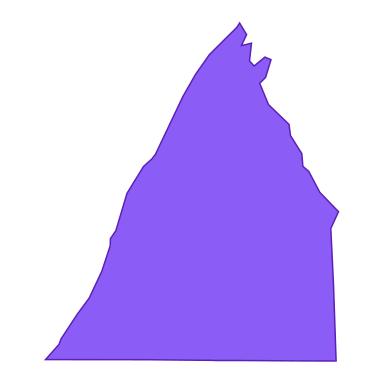 outline of Franklin, Pennsylvania, United States of America
{"feature_id": "52423323B56600660833819", "entity_name": "Franklin", "entity_type": "district", "adm_level": 2, "iso_a3": "USA", "parent_name": "United States of America", "parent_adm1": "Pennsylvania", "projection": "mercator", "projection_center": [-77.726, 40.005], "detail": "fine", "context": "isolated", "style": "filled", "palette": "violet", "viewbox_px": 384, "rotation_deg": 0, "n_neighbors": 0, "source": "geoboundaries", "source_scale": "gbopen_adm2", "svg_char_len": 769}
<svg xmlns="http://www.w3.org/2000/svg" viewBox="0 0 384 384"><path d="M225.4,38.7L209.5,54.5L195.7,74.1L183.0,96.3L155.5,154.2L152.0,158.8L143.5,166.5L127.0,193.3L115.9,230.6L110.4,238.6L110.2,245.8L101.8,271.3L89.2,298.1L77.5,313.9L61.1,338.8L59.0,344.4L45.5,359.6L56.0,359.6L56.9,359.6L147.3,359.7L185.8,360.1L186.1,360.1L195.6,360.2L207.1,360.3L211.9,360.3L215.8,360.5L238.3,360.5L239.3,360.5L240.6,360.5L301.8,360.9L302.4,360.9L331.6,361.0L336.1,361.0L333.5,284.3L330.8,228.5L338.5,211.7L319.8,192.3L308.7,171.3L302.9,166.4L301.8,153.6L290.5,135.6L289.0,124.4L268.5,104.6L259.7,83.3L265.6,77.4L271.0,59.7L264.9,57.1L254.1,66.0L249.5,60.9L251.5,43.2L241.5,45.6L246.6,34.6L239.6,23.0L236.8,27.4L225.4,38.7Z" fill="#8b5cf6" stroke="#5b21b6" stroke-width="1.5"/></svg>